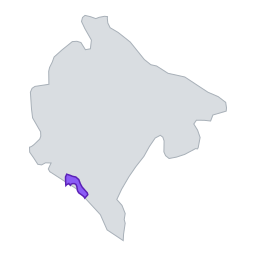 where Budva sits in Montenegro
{"feature_id": "MNE-1499", "entity_name": "Budva", "entity_type": "Municipality", "adm_level": 1, "iso_a3": "MNE", "parent_name": "Montenegro", "parent_adm1": "", "projection": "equal_earth", "projection_center": [18.879, 42.272], "detail": "fine", "context": "in_parent", "style": "filled", "palette": "violet", "viewbox_px": 256, "rotation_deg": 0, "n_neighbors": 0, "source": "natural_earth", "source_scale": "10m", "svg_char_len": 1594}
<svg xmlns="http://www.w3.org/2000/svg" viewBox="0 0 256 256"><path d="M107.5,16.6L107.3,18.2L107.8,23.0L110.1,27.7L118.2,32.5L130.2,42.0L144.3,59.5L150.8,64.7L156.6,66.0L168.0,73.3L175.9,75.0L184.8,77.0L207.9,92.2L218.3,96.7L225.7,102.4L226.5,107.8L226.2,111.1L212.9,115.0L210.6,121.0L204.2,120.3L196.4,120.2L193.8,124.0L197.6,130.2L200.1,137.5L198.2,147.6L197.5,148.9L195.6,148.6L184.7,154.4L176.5,157.1L169.1,158.5L165.6,155.7L163.9,151.9L164.1,140.9L162.8,137.1L160.3,135.3L155.2,138.0L149.4,146.5L143.9,156.4L135.8,166.7L129.0,176.6L121.7,189.1L116.8,199.5L122.0,205.4L125.2,213.5L124.2,219.6L125.2,223.2L123.6,233.9L123.2,240.6L107.1,229.9L100.4,214.7L76.8,189.1L49.8,171.7L48.3,169.0L49.8,165.7L51.1,163.0L45.5,162.8L41.6,164.9L37.8,164.3L33.6,157.8L29.7,152.2L29.5,147.2L31.3,146.6L34.0,144.6L39.7,139.1L40.8,136.2L40.6,131.8L32.6,117.9L31.5,108.9L30.4,92.2L32.1,88.3L35.0,86.4L48.9,84.3L48.7,71.3L49.6,67.4L52.3,62.0L54.1,57.0L61.9,50.0L72.3,41.6L76.9,41.3L80.9,42.5L85.4,49.7L90.4,48.8L91.4,40.1L84.9,28.7L81.5,21.5L82.5,17.5L85.0,15.4L90.5,16.7L95.8,18.6L99.2,17.3L104.5,16.3L107.5,16.6Z" fill="#d9dde1" stroke="#a8b0b8" stroke-width="1"/><path d="M84.8,198.1L84.4,197.3L82.9,195.8L78.7,192.8L77.5,190.7L76.8,186.3L75.9,184.4L74.4,183.6L72.6,183.6L71.0,184.2L70.3,185.3L69.8,184.7L69.1,184.1L68.8,183.5L67.2,184.4L66.4,184.9L65.9,185.5L65.8,184.9L65.6,181.1L65.5,176.9L66.4,175.0L66.7,174.2L70.1,175.3L72.5,176.3L75.8,177.0L78.8,179.6L79.7,182.0L80.3,183.7L82.1,187.0L84.9,190.2L87.3,192.9L87.8,194.7L84.8,198.1L84.8,198.1Z" fill="#8b5cf6" stroke="#5b21b6" stroke-width="1.5"/></svg>